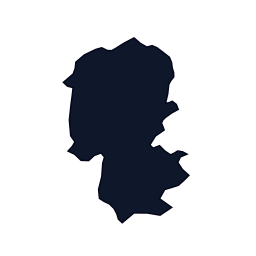 map outline of Santiago (Mercator projection), rotated 122°
{"feature_id": "DOM-1390", "entity_name": "Santiago", "entity_type": "Province", "adm_level": 1, "iso_a3": "DOM", "parent_name": "Dominican Republic", "parent_adm1": "", "projection": "mercator", "projection_center": [-70.906, 19.338], "detail": "fine", "context": "isolated", "style": "filled", "palette": "ink", "viewbox_px": 256, "rotation_deg": 122, "n_neighbors": 0, "source": "natural_earth", "source_scale": "10m", "svg_char_len": 1155}
<svg xmlns="http://www.w3.org/2000/svg" viewBox="0 0 256 256"><g transform="rotate(122 128 128)"><path d="M211.4,82.7L210.4,87.8L206.8,91.8L203.6,97.2L202.2,103.6L202.9,109.3L202.8,114.9L199.2,117.7L195.6,120.4L183.0,124.5L171.1,130.8L165.1,132.5L163.4,137.6L169.2,142.1L176.5,144.1L180.3,150.7L178.5,159.3L179.3,166.6L173.0,165.4L167.9,165.6L165.0,172.4L152.4,181.9L137.6,189.1L129.8,192.6L122.8,196.0L124.6,201.4L123.5,207.0L117.3,205.0L111.1,203.1L105.3,204.4L99.8,207.1L89.1,203.7L78.4,196.9L73.9,192.8L73.2,186.5L71.1,182.8L67.2,180.7L57.4,175.9L48.4,170.6L49.7,162.6L49.4,154.9L45.4,151.2L44.6,145.9L45.3,138.1L46.1,130.4L49.4,125.8L53.8,122.2L56.7,118.8L60.4,116.3L64.9,116.8L69.4,116.6L78.0,112.4L87.1,109.3L85.1,106.8L81.9,104.6L82.4,99.6L85.6,95.3L92.2,99.0L99.2,101.9L102.7,102.7L106.1,102.3L108.4,99.0L110.5,96.3L120.3,100.5L130.8,100.5L131.8,96.0L126.3,91.9L128.0,84.6L128.2,77.6L124.7,75.4L121.2,73.7L119.3,69.2L118.9,64.1L124.8,68.3L130.9,67.5L134.4,59.8L135.9,51.3L143.4,53.0L150.0,55.0L155.4,59.6L160.7,64.3L171.3,63.8L172.2,48.9L184.9,54.6L189.9,66.7L196.9,78.0L211.4,82.7Z" fill="#0f172a" stroke="#020617" stroke-width="1.5"/></g></svg>